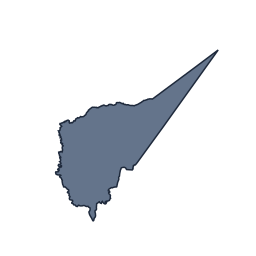 Mathira, Central, Kenya (Mercator projection), rotated 15°
{"feature_id": "3690345B12350857551286", "entity_name": "Mathira", "entity_type": "district", "adm_level": 2, "iso_a3": "KEN", "parent_name": "Kenya", "parent_adm1": "Central", "projection": "mercator", "projection_center": [37.111, -0.356], "detail": "fine", "context": "isolated", "style": "filled", "palette": "slate", "viewbox_px": 256, "rotation_deg": 15, "n_neighbors": 0, "source": "geoboundaries", "source_scale": "gbopen_adm2", "svg_char_len": 5867}
<svg xmlns="http://www.w3.org/2000/svg" viewBox="0 0 256 256"><g transform="rotate(15 128 128)"><path d="M61.6,148.8L62.1,149.1L62.4,150.1L62.8,150.2L62.9,150.8L63.4,151.1L63.5,151.6L63.2,152.1L63.5,152.8L64.2,152.4L64.4,152.8L64.0,153.2L65.2,153.6L65.2,154.1L64.9,154.5L65.0,154.9L65.3,154.7L65.7,154.7L66.5,155.6L66.7,156.1L66.2,156.9L66.5,157.0L66.1,157.3L66.6,158.0L66.9,158.7L66.7,159.3L67.0,159.8L67.3,160.0L67.7,159.8L68.7,159.9L68.7,160.5L68.5,161.2L69.1,161.6L69.6,161.7L70.0,162.0L69.4,163.2L69.5,163.6L69.5,164.2L69.8,164.8L70.3,165.4L70.3,165.9L70.6,166.7L70.6,167.2L70.6,167.8L70.5,168.3L70.1,168.0L69.3,167.9L68.9,168.3L68.7,168.8L68.4,169.1L67.9,169.3L67.6,169.0L67.3,169.3L67.6,169.7L67.6,170.1L67.8,170.5L68.6,171.5L69.1,172.7L70.0,173.1L70.3,173.3L70.6,173.7L70.7,174.2L70.3,174.5L69.9,174.5L70.1,174.9L71.2,176.2L71.3,176.6L71.2,177.8L70.7,178.2L71.2,178.5L71.6,178.5L72.4,179.6L72.2,180.0L71.6,180.7L71.1,180.8L70.5,181.1L70.3,181.8L70.3,182.3L70.6,182.6L71.2,182.9L71.8,182.9L72.4,182.8L72.7,182.5L72.8,181.9L73.1,181.5L73.5,181.6L73.7,182.4L73.7,182.8L73.1,183.0L72.7,183.4L72.4,183.9L72.0,184.2L71.5,184.8L71.2,185.2L71.1,185.6L70.9,186.0L70.9,186.5L71.3,186.7L72.0,186.2L72.4,186.4L72.4,186.9L72.1,187.4L71.9,188.3L69.6,189.1L69.6,189.8L70.3,191.0L70.6,191.3L70.9,191.4L71.9,191.3L72.4,191.5L73.0,191.4L74.3,190.9L75.3,191.1L74.5,192.5L74.8,192.9L75.3,193.3L76.2,193.5L76.9,194.2L77.2,194.6L77.4,195.1L77.9,195.3L78.2,195.7L78.1,196.2L78.3,196.9L78.5,197.3L79.5,199.4L80.5,200.5L81.0,201.5L81.5,201.6L82.0,201.3L82.3,201.1L82.8,201.3L84.8,202.4L85.1,202.8L86.1,202.9L86.5,203.0L86.9,203.8L87.1,204.3L86.6,204.6L86.4,205.1L86.2,205.5L86.2,206.0L86.7,206.2L87.2,206.2L87.9,206.3L88.3,207.2L88.4,208.4L88.6,208.7L89.0,208.8L89.4,209.0L89.7,209.2L89.7,209.7L89.5,210.6L89.5,211.0L89.8,211.7L90.2,212.2L90.6,212.3L91.4,212.3L92.5,212.2L93.2,212.3L93.4,213.0L93.6,213.4L93.0,214.6L93.1,215.1L93.7,215.3L94.6,215.3L95.2,216.0L95.6,216.3L96.5,216.1L96.9,216.1L97.3,216.3L98.1,217.0L99.2,217.0L99.6,216.8L99.7,216.3L99.8,215.9L100.2,215.4L100.7,215.3L101.2,215.6L102.7,215.5L103.4,215.2L103.9,215.1L104.7,214.5L106.1,214.2L108.0,214.6L109.7,214.0L110.3,214.5L110.7,214.7L111.8,214.9L112.4,216.0L112.5,216.7L112.5,217.4L112.4,218.1L112.0,218.9L112.1,219.4L112.2,219.8L112.9,220.9L113.3,221.6L115.0,223.4L115.9,224.2L117.8,226.4L118.2,226.7L118.6,226.6L118.9,225.6L118.7,224.9L118.8,223.6L119.2,223.1L119.4,222.1L119.4,221.2L118.6,218.9L117.9,217.8L117.8,217.4L117.7,216.6L117.7,216.1L118.2,215.7L118.5,215.2L118.6,214.7L118.5,214.2L118.1,213.2L117.3,209.2L117.6,208.8L118.1,208.4L118.4,208.0L119.1,206.9L119.4,206.7L119.6,207.1L120.7,207.7L121.7,207.7L121.6,207.2L121.7,206.8L121.9,206.4L121.9,205.9L122.2,205.5L123.3,206.6L124.1,207.0L124.8,207.2L125.5,207.3L125.9,207.1L126.3,206.7L126.5,205.5L125.9,205.6L125.4,205.8L125.1,205.5L125.3,205.1L125.9,204.3L126.9,204.0L127.6,203.6L128.1,203.3L128.8,202.7L128.8,201.7L129.4,200.5L129.0,200.0L128.8,199.5L128.6,198.6L128.5,197.7L128.1,197.4L127.8,196.9L126.8,196.6L126.1,195.8L126.1,195.4L126.7,195.0L127.0,194.6L126.5,193.8L126.2,193.6L125.7,193.8L125.3,193.8L125.1,193.3L125.1,192.8L125.3,192.2L126.3,191.0L127.0,190.4L127.2,190.0L127.6,189.8L128.5,189.8L129.0,189.3L130.7,188.3L132.0,188.0L132.3,187.7L132.3,186.7L132.2,185.7L132.2,184.7L132.1,184.1L132.1,183.1L132.2,182.0L132.4,180.6L132.4,179.8L131.9,178.5L131.8,178.2L131.8,177.8L132.2,176.7L132.1,176.1L131.8,174.3L131.6,171.4L131.6,170.4L131.8,169.5L131.7,168.7L132.0,168.2L132.4,167.8L133.7,167.2L134.2,167.1L134.9,166.9L136.0,167.2L136.4,167.5L137.0,168.2L137.4,168.5L142.1,167.6L143.0,167.4L143.4,166.3L143.1,165.9L143.3,165.5L143.0,164.8L143.0,164.4L143.2,164.0L143.1,163.5L142.9,163.2L143.0,162.8L143.4,162.6L143.7,162.3L143.8,161.9L144.2,161.9L144.7,161.7L144.9,161.2L145.8,159.2L156.4,131.5L161.6,118.0L177.9,74.5L194.9,29.3L174.9,54.8L144.1,93.7L143.2,93.8L142.3,94.0L141.0,94.4L140.6,94.7L139.7,95.0L139.1,95.7L138.2,96.2L137.3,96.9L136.9,97.1L136.2,97.2L135.1,98.7L134.7,99.0L134.2,99.8L133.6,100.3L133.0,100.9L132.6,101.3L131.5,102.5L128.8,104.4L128.5,104.8L127.5,105.0L126.9,105.0L124.6,105.6L123.5,105.7L122.4,105.5L121.7,105.6L120.8,106.0L120.1,106.1L119.1,105.9L118.3,106.3L117.8,106.1L117.4,105.7L117.0,105.4L116.6,105.6L116.3,106.0L115.9,106.0L115.5,105.8L114.6,105.7L113.4,105.4L112.4,105.9L110.7,106.3L110.3,106.7L110.3,107.9L110.0,108.3L109.8,108.7L109.2,109.0L108.9,109.4L108.5,109.6L108.1,109.8L107.4,109.9L106.1,109.5L105.7,109.8L105.3,109.9L104.5,109.7L104.1,110.1L103.6,110.2L103.3,110.5L103.0,111.4L102.4,111.6L101.9,111.9L101.4,112.3L100.1,112.4L99.2,112.1L98.7,112.1L98.2,112.3L98.0,112.8L97.1,113.1L96.8,113.7L96.2,113.8L95.8,114.4L95.2,114.9L94.6,115.2L94.4,115.8L94.0,116.1L93.1,116.2L92.8,116.5L92.4,116.4L92.1,116.2L91.2,116.5L89.9,116.7L89.4,116.9L88.3,117.1L87.6,117.7L87.4,118.1L86.7,118.9L86.5,119.3L86.2,119.5L86.0,119.9L85.2,121.0L85.4,121.5L85.1,121.8L85.0,122.1L84.6,122.8L84.5,123.2L84.3,123.6L84.0,124.2L83.9,124.8L83.9,125.8L83.4,126.7L83.0,126.9L82.8,127.3L82.6,127.8L81.9,128.6L81.4,128.8L80.8,129.0L80.2,129.3L79.7,129.2L79.2,129.2L78.7,130.2L77.9,131.0L77.4,131.1L76.8,131.0L76.5,131.2L76.2,132.0L75.4,132.5L75.1,133.3L75.2,134.2L75.2,134.7L74.9,134.9L74.4,134.9L73.8,135.1L73.8,135.7L73.5,136.1L73.2,136.8L72.7,137.5L72.2,137.5L71.8,137.4L71.6,137.7L71.2,137.9L70.9,138.2L70.4,138.4L69.9,138.1L69.7,137.6L69.6,136.8L69.4,136.3L69.0,136.2L68.4,136.2L68.1,135.9L67.2,136.4L66.8,136.8L66.6,137.2L66.3,137.8L65.9,137.5L65.5,137.7L65.6,138.1L65.3,138.4L64.8,138.5L64.8,139.1L64.4,139.1L63.9,139.4L63.4,140.0L62.9,140.3L62.4,140.4L62.1,140.8L61.7,141.1L61.6,141.5L61.2,141.4L61.1,141.9L61.5,142.2L61.9,142.6L62.6,142.8L62.9,143.2L63.5,143.5L63.0,144.4L62.6,144.9L62.3,145.4L62.8,146.1L62.6,146.6L62.7,147.0L62.8,147.8L62.5,148.3L61.6,148.8Z" fill="#64748b" stroke="#1e293b" stroke-width="1.5"/></g></svg>